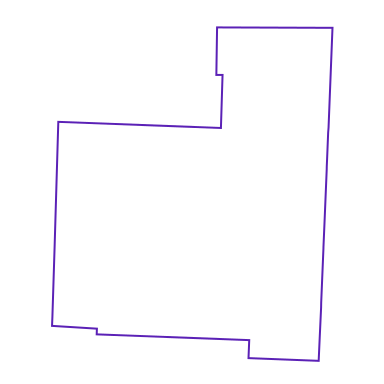 Polk, Arkansas, United States of America, rotated 181°
{"feature_id": "52423323B90433618963574", "entity_name": "Polk", "entity_type": "district", "adm_level": 2, "iso_a3": "USA", "parent_name": "United States of America", "parent_adm1": "Arkansas", "projection": "mercator", "projection_center": [-94.282, 34.459], "detail": "fine", "context": "isolated", "style": "outline", "palette": "violet", "viewbox_px": 384, "rotation_deg": 181, "n_neighbors": 0, "source": "geoboundaries", "source_scale": "gbopen_adm2", "svg_char_len": 454}
<svg xmlns="http://www.w3.org/2000/svg" viewBox="0 0 384 384"><g transform="rotate(181 192 192)"><path d="M329.4,64.7L329.6,55.7L284.7,53.7L284.8,48.0L132.2,44.9L132.6,26.9L62.4,25.4L61.8,47.4L60.9,78.7L60.9,83.7L59.6,137.6L59.6,139.2L59.0,162.6L57.7,216.9L57.7,220.0L57.5,227.3L56.9,253.9L56.6,258.6L54.4,358.6L169.8,357.0L169.7,309.5L163.5,309.6L164.2,256.5L326.9,259.8L328.4,135.7L329.4,64.7Z" fill="none" stroke="#5b21b6" stroke-width="2"/></g></svg>